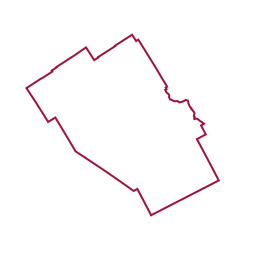 outline of Matanuska-Susitna, Alaska, United States of America, rotated 240°
{"feature_id": "52423323B34523976645917", "entity_name": "Matanuska-Susitna", "entity_type": "district", "adm_level": 2, "iso_a3": "USA", "parent_name": "United States of America", "parent_adm1": "Alaska", "projection": "orthographic", "projection_center": [-149.802, 62.337], "detail": "fine", "context": "isolated", "style": "outline", "palette": "rose", "viewbox_px": 256, "rotation_deg": 240, "n_neighbors": 0, "source": "geoboundaries", "source_scale": "gbopen_adm2", "svg_char_len": 1334}
<svg xmlns="http://www.w3.org/2000/svg" viewBox="0 0 256 256"><g transform="rotate(240 128 128)"><path d="M37.2,180.4L61.5,181.4L83.9,182.1L83.6,192.2L93.7,192.5L93.7,196.0L94.1,195.9L94.3,195.6L94.4,195.4L94.4,195.2L94.5,195.1L95.0,195.2L95.9,195.1L97.2,194.4L97.4,194.2L97.8,194.0L101.1,192.7L101.7,192.2L102.0,191.8L102.3,191.4L102.5,190.1L102.7,189.9L103.0,190.0L103.5,190.8L104.1,191.2L104.5,191.1L104.6,190.9L105.4,191.0L106.4,192.0L107.2,192.7L107.5,193.0L108.0,193.1L109.2,193.1L110.0,192.9L111.7,192.8L112.4,192.6L112.6,192.5L112.6,192.4L113.1,192.4L113.5,192.8L114.0,192.6L115.4,192.3L117.4,192.4L119.1,192.7L121.6,193.6L123.4,192.1L123.5,188.6L124.0,186.9L124.6,185.1L126.6,184.4L127.7,181.9L128.8,181.0L132.0,178.7L134.0,178.9L135.8,180.1L137.1,180.1L139.1,179.2L142.4,179.2L142.4,180.8L144.1,180.8L144.2,182.5L163.7,182.2L164.2,182.2L175.8,181.9L199.4,181.1L199.3,178.5L206.7,178.2L205.8,158.0L205.3,158.0L204.4,137.7L203.9,137.7L203.7,132.7L218.8,131.9L217.6,116.8L216.6,96.5L216.2,96.5L215.9,90.6L214.7,90.7L214.1,78.3L214.3,77.6L213.3,60.0L200.0,60.8L196.9,61.0L173.2,61.9L173.4,70.3L165.9,70.5L144.7,70.8L134.0,70.9L114.6,80.6L102.4,86.6L87.6,93.6L70.7,101.4L70.6,105.6L63.6,105.4L42.6,104.5L41.0,104.3L40.9,104.3L40.9,104.8L39.7,129.7L38.3,157.5L37.2,180.4Z" fill="none" stroke="#9f1239" stroke-width="2"/></g></svg>